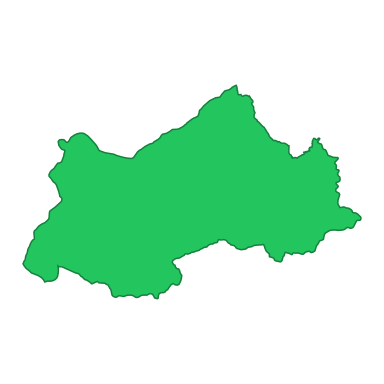 outline of Betania, Antioquia, Colombia
{"feature_id": "7082276B53063145531643", "entity_name": "Betania", "entity_type": "district", "adm_level": 2, "iso_a3": "COL", "parent_name": "Colombia", "parent_adm1": "Antioquia", "projection": "orthographic", "projection_center": [-75.967, 5.733], "detail": "fine", "context": "isolated", "style": "filled", "palette": "green", "viewbox_px": 384, "rotation_deg": 0, "n_neighbors": 0, "source": "geoboundaries", "source_scale": "gbopen_adm2", "svg_char_len": 5992}
<svg xmlns="http://www.w3.org/2000/svg" viewBox="0 0 384 384"><path d="M337.8,157.6L333.2,157.3L330.4,156.2L328.1,155.5L325.9,150.3L325.1,149.7L323.3,149.1L322.9,148.5L321.5,144.3L320.9,143.9L319.7,143.7L317.7,142.4L317.7,141.9L319.7,139.0L319.7,138.5L319.0,138.1L318.4,138.3L317.5,139.2L316.4,139.8L315.7,139.4L314.9,138.5L313.6,138.5L312.2,141.7L312.5,142.9L312.0,143.6L312.5,144.8L312.1,145.7L312.2,146.7L311.9,147.3L310.6,147.2L309.7,147.6L309.5,148.0L309.1,148.8L309.1,149.5L309.6,150.3L309.5,150.9L308.2,150.9L307.5,151.7L306.7,151.5L306.1,152.6L305.8,152.6L305.5,151.8L304.9,152.1L303.9,152.1L303.7,152.4L304.2,153.0L304.1,154.2L303.1,154.7L302.0,154.8L301.4,155.4L298.2,157.1L297.4,158.0L296.7,158.2L296.0,157.6L294.9,157.5L293.8,157.9L292.8,157.9L292.3,158.1L291.9,157.6L292.4,157.3L292.4,157.1L291.4,156.1L291.3,155.3L289.6,154.2L288.8,152.4L289.0,145.7L287.6,145.3L286.9,144.4L284.5,143.2L281.5,143.2L279.1,141.6L277.5,141.9L277.3,141.4L275.5,140.5L273.4,140.5L272.5,139.4L269.6,136.8L268.3,133.7L267.1,132.3L266.0,130.2L265.2,129.1L264.1,127.3L262.7,126.4L258.9,122.3L258.0,121.6L257.3,121.4L257.3,120.3L254.4,117.9L254.0,116.1L254.3,114.2L255.0,112.8L253.7,109.9L253.6,106.8L252.0,104.6L251.7,103.7L251.8,103.0L252.7,102.7L252.8,102.4L252.8,100.8L250.9,98.6L249.4,96.0L248.6,96.4L247.7,95.6L245.8,95.2L243.8,95.7L243.0,96.3L241.8,96.0L240.9,94.5L238.5,94.7L237.9,93.8L237.6,90.9L237.0,90.2L237.2,88.8L236.8,86.8L236.2,85.3L235.6,85.5L232.3,87.2L230.9,88.6L229.1,89.7L224.7,91.0L221.8,94.3L220.1,96.9L219.5,97.2L215.6,97.8L209.8,100.6L203.5,106.1L201.5,108.7L199.8,110.1L199.4,110.8L199.0,113.2L198.0,116.0L196.1,117.2L193.8,118.1L192.3,118.9L187.0,122.9L186.5,123.7L184.5,125.2L183.3,126.4L178.9,128.8L177.5,129.2L172.3,129.5L170.5,131.0L167.1,133.0L165.2,133.7L162.7,134.1L161.4,135.3L160.0,137.7L158.3,139.3L154.0,141.8L152.9,143.2L149.5,144.1L145.2,146.4L141.1,149.5L139.7,150.1L137.7,151.7L133.8,157.2L132.7,158.1L131.8,158.4L130.0,158.4L126.4,158.0L121.9,157.0L116.9,155.6L113.8,154.2L105.0,152.7L100.3,151.0L99.4,150.6L98.7,149.8L97.1,146.6L96.1,145.1L91.5,139.8L87.6,135.8L84.0,133.5L82.1,133.1L79.7,133.2L77.1,133.8L74.5,135.0L70.7,137.6L69.5,140.1L68.0,142.0L67.4,142.3L66.3,142.2L64.2,139.9L63.1,139.6L61.2,139.6L59.8,139.8L58.8,140.6L58.2,141.5L58.8,145.2L60.6,148.0L61.5,149.0L62.9,149.7L64.1,150.0L64.8,150.7L64.8,151.7L64.0,153.9L63.8,155.9L61.6,161.8L59.5,163.0L58.0,163.1L57.5,163.5L55.4,166.3L54.2,168.3L53.3,169.1L52.3,169.7L50.4,171.7L49.0,174.5L49.0,175.6L49.1,176.3L51.3,178.8L52.3,180.5L53.3,181.8L55.0,183.1L56.4,184.9L59.0,192.4L59.9,196.5L61.1,197.4L61.9,198.4L61.7,200.7L60.8,202.0L55.1,207.2L49.9,211.0L49.4,212.5L49.1,217.7L48.3,219.5L45.1,222.6L41.9,224.0L39.0,225.9L38.0,227.0L36.0,229.6L34.7,230.5L34.2,231.3L33.9,232.3L34.4,238.3L34.1,239.2L32.6,240.2L31.3,242.0L30.1,244.5L29.6,246.2L28.6,247.8L27.8,249.7L27.1,253.3L26.1,255.1L25.6,256.7L25.3,259.0L25.0,260.0L23.8,261.6L23.6,262.6L23.0,263.8L23.8,265.3L25.1,267.0L25.5,267.8L29.8,271.3L31.3,272.9L38.1,275.5L41.5,277.6L43.5,279.7L44.8,282.0L47.6,281.1L50.0,281.2L52.6,280.8L54.8,279.8L56.5,278.3L57.6,276.2L58.3,272.6L58.4,269.1L57.9,265.9L59.1,266.8L61.9,266.8L75.5,272.9L78.3,273.6L79.6,274.6L80.7,276.1L82.2,277.0L84.8,279.6L86.9,280.2L89.6,282.0L91.8,283.9L97.1,281.5L97.6,281.6L98.8,282.8L105.1,283.3L106.1,284.2L108.3,285.2L109.7,288.1L110.9,289.7L112.0,295.0L113.2,296.3L115.1,297.2L116.7,297.1L118.1,296.1L119.1,295.8L120.1,295.8L123.7,296.5L127.4,295.2L130.4,295.1L132.6,295.4L135.7,297.3L137.1,297.5L138.8,297.0L141.3,295.4L142.9,295.1L147.1,295.1L149.1,293.9L149.9,293.7L151.7,293.9L152.4,294.2L153.6,295.8L154.6,297.9L157.1,298.7L157.8,298.5L158.2,297.9L158.6,294.9L159.2,293.7L160.6,292.8L163.7,292.6L165.0,292.0L165.9,290.8L167.9,289.4L168.9,287.6L171.3,284.5L173.4,283.6L175.0,284.8L177.4,285.1L178.9,284.5L179.8,282.9L180.8,280.7L181.4,278.2L181.8,275.5L180.8,274.0L180.0,272.4L179.7,270.7L178.6,268.9L177.2,268.8L175.6,267.3L175.0,265.2L173.6,264.6L172.5,262.7L172.3,262.4L172.5,261.3L173.1,260.3L175.7,258.6L179.3,258.0L181.1,257.1L182.0,256.4L184.1,255.4L184.9,254.2L185.4,253.9L185.9,253.8L187.8,254.1L190.0,253.4L191.6,252.3L193.9,252.1L196.0,251.1L198.4,250.6L199.6,250.0L200.3,249.3L201.9,248.7L204.3,247.3L205.9,247.2L206.9,246.9L208.1,245.5L209.5,244.6L211.4,244.0L212.9,244.0L214.6,242.8L216.0,242.8L217.0,242.5L217.5,242.0L218.5,239.6L220.6,240.0L223.8,239.7L225.5,240.0L226.6,240.8L228.1,242.8L230.0,243.9L230.9,244.9L233.8,245.5L234.9,246.2L236.3,248.1L237.1,248.6L241.1,249.7L245.1,249.2L246.4,248.6L248.0,247.3L251.7,246.7L253.2,245.8L254.9,245.3L259.7,244.9L261.5,244.9L262.8,244.6L263.6,244.6L264.1,245.5L265.1,248.6L266.2,251.1L269.4,254.1L269.3,256.0L269.5,256.8L271.6,257.3L273.6,258.1L274.1,258.8L274.5,260.1L275.5,260.8L280.3,261.9L281.1,261.6L282.1,260.4L283.0,256.8L284.0,255.9L284.4,255.1L284.6,253.7L285.3,252.4L289.5,253.5L291.6,254.6L292.2,254.5L293.0,253.2L293.5,252.9L295.8,253.1L298.1,253.0L299.4,253.3L300.7,253.9L302.9,254.3L303.6,254.0L305.6,252.1L308.1,251.4L309.4,251.4L311.1,252.6L313.1,252.1L314.6,251.2L315.1,250.4L316.2,246.6L316.7,245.5L318.2,243.8L319.4,241.2L319.8,240.9L322.6,239.9L323.4,239.4L324.4,234.4L325.8,232.8L329.6,230.6L331.6,230.1L335.0,230.0L338.3,230.4L342.7,230.0L344.6,229.4L346.9,227.6L347.6,227.5L348.8,227.6L350.2,228.3L351.8,228.1L352.9,227.5L353.5,226.8L356.6,220.8L357.1,220.4L359.3,220.4L360.2,220.2L360.9,218.9L361.0,218.2L360.6,216.9L357.5,213.9L355.8,213.0L352.9,212.6L352.5,212.2L352.1,210.8L351.2,209.7L348.7,208.2L346.5,208.0L343.9,206.9L340.1,207.6L339.5,206.8L338.0,204.1L337.8,202.2L338.0,200.4L339.7,194.5L339.1,193.2L336.4,191.8L335.8,191.1L335.9,189.0L337.9,187.2L338.2,186.4L338.0,185.8L336.1,183.8L336.0,183.1L336.4,182.5L338.5,181.8L339.6,181.1L340.1,179.9L340.0,178.1L339.7,177.0L338.5,176.0L337.5,173.9L338.8,171.6L339.0,170.4L338.6,169.9L336.9,169.6L336.1,168.9L336.4,165.3L334.7,163.2L335.0,162.2L338.0,159.0L338.2,158.1L337.8,157.6Z" fill="#22c55e" stroke="#15803d" stroke-width="1.5"/></svg>